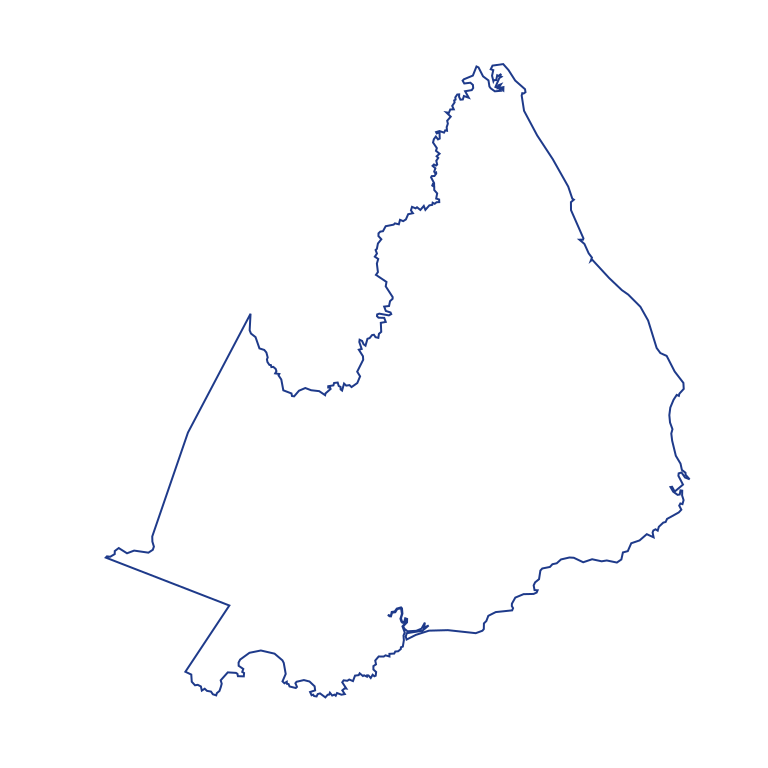 the district of Pedasí, Los Santos, Panama, rotated 353°
{"feature_id": "35544464B62202964850227", "entity_name": "Pedasí", "entity_type": "district", "adm_level": 2, "iso_a3": "PAN", "parent_name": "Panama", "parent_adm1": "Los Santos", "projection": "natural_earth1", "projection_center": [-80.113, 7.529], "detail": "fine", "context": "isolated", "style": "outline", "palette": "blue", "viewbox_px": 768, "rotation_deg": 353, "n_neighbors": 0, "source": "geoboundaries", "source_scale": "gbopen_adm2", "svg_char_len": 6135}
<svg xmlns="http://www.w3.org/2000/svg" viewBox="0 0 768 768"><g transform="rotate(353 384 384)"><path d="M291.0,382.1L283.3,378.0L282.6,367.0L280.4,362.7L281.3,361.3L277.3,360.2L278.8,358.1L278.3,355.8L276.2,353.5L274.3,353.5L274.0,351.4L272.6,351.1L271.0,348.0L270.8,345.3L271.8,343.5L271.1,338.4L269.3,335.6L264.7,333.5L262.2,321.8L258.1,317.7L257.2,314.3L260.1,298.0L183.5,408.3L135.4,507.1L134.9,512.2L135.8,517.4L134.3,520.4L129.6,522.7L115.7,518.9L108.3,520.7L100.7,514.5L96.4,517.0L96.0,520.0L91.2,522.1L88.0,521.3L86.7,522.4L203.5,585.0L151.8,645.4L157.3,648.9L156.9,656.1L159.7,660.0L162.5,659.9L165.4,661.9L165.8,666.1L168.9,664.6L170.9,667.0L174.8,668.2L176.3,671.1L179.5,672.6L180.4,670.5L183.3,668.6L185.1,664.9L186.4,661.7L185.8,658.2L193.8,651.2L201.9,652.7L203.2,653.8L203.4,656.2L209.2,657.1L209.9,653.8L208.2,652.5L209.6,649.7L205.4,646.0L205.7,642.8L207.6,640.0L217.7,634.4L229.3,633.5L242.5,638.3L249.5,645.9L250.5,648.6L251.1,659.8L247.0,666.8L248.7,668.9L251.2,667.7L251.1,669.7L252.7,670.2L253.4,672.7L259.4,675.0L260.7,674.0L259.6,670.2L260.9,668.9L268.4,668.1L273.8,670.2L278.3,675.6L278.3,679.7L273.1,680.7L274.2,684.1L275.8,683.7L276.6,685.2L279.0,685.9L280.4,683.7L282.8,683.3L287.6,687.9L290.2,685.6L291.7,685.6L292.7,683.8L294.6,686.9L297.0,686.3L298.1,687.5L299.7,685.0L303.9,687.2L307.3,687.0L305.3,683.0L307.9,681.3L309.5,681.7L306.2,675.0L307.8,673.2L311.4,674.1L313.5,673.1L317.0,675.1L319.7,669.9L323.4,669.9L324.6,668.2L327.5,671.3L328.7,670.7L331.4,672.4L331.8,671.1L333.1,671.4L335.0,674.2L337.3,671.2L338.8,672.9L340.2,672.5L341.1,668.9L338.7,666.1L339.1,662.7L341.9,661.3L341.6,657.4L345.5,653.8L350.5,654.5L352.4,653.5L356.2,655.1L356.5,652.5L361.3,652.8L362.6,650.9L365.5,651.0L368.4,649.1L368.7,647.4L370.7,646.9L372.5,640.7L372.7,636.1L374.3,633.2L372.8,626.8L377.3,622.9L377.8,620.5L376.8,619.8L374.8,623.4L373.2,623.2L372.3,622.0L371.7,619.0L373.8,614.3L373.6,608.7L369.7,609.0L367.4,611.9L364.1,612.0L362.6,615.5L361.2,615.2L359.7,613.7L362.6,614.9L363.9,611.2L366.9,611.1L369.3,608.5L373.7,607.8L374.5,608.9L374.3,614.2L372.3,618.6L372.9,622.2L375.1,622.7L376.5,619.1L378.3,620.0L377.8,623.4L373.5,626.8L374.4,629.4L377.2,632.3L385.9,632.9L391.4,631.4L395.5,625.8L394.1,630.7L398.9,629.1L392.0,633.6L376.3,634.1L374.8,637.3L375.3,640.4L385.0,636.9L398.6,634.3L417.4,636.1L444.7,642.5L451.6,640.9L453.2,639.4L454.0,633.8L456.7,631.7L459.3,626.8L467.1,624.0L483.6,624.3L484.8,622.2L483.8,620.0L484.2,617.6L488.3,612.0L496.9,609.6L506.9,610.6L510.1,609.6L511.3,607.5L508.3,606.9L508.0,602.1L509.8,599.3L514.1,596.6L516.5,588.2L518.6,586.4L526.4,585.8L529.2,583.4L533.6,583.0L538.3,579.7L546.9,578.8L551.2,579.6L560.0,585.2L569.2,583.3L578.4,586.5L583.6,586.3L593.4,589.6L598.2,587.1L600.6,580.3L605.6,579.6L610.0,572.2L618.6,570.4L626.5,565.1L632.9,569.0L632.5,564.1L633.5,562.2L635.8,561.3L637.8,562.9L639.4,559.2L644.3,555.6L646.7,555.3L648.5,552.4L660.9,547.4L663.8,545.0L662.2,540.7L663.6,538.7L665.6,539.6L667.2,535.8L666.3,531.0L667.0,526.2L665.3,525.7L664.1,529.7L661.9,529.8L657.9,526.1L655.8,521.2L657.4,521.1L659.4,526.2L668.5,520.3L665.0,511.0L665.6,508.6L668.5,508.1L671.4,513.5L675.7,515.8L672.3,510.9L672.4,508.8L669.2,505.6L668.6,499.2L664.9,490.8L663.1,475.4L663.1,468.2L664.8,464.0L663.2,457.1L663.4,449.7L665.3,442.3L669.5,434.9L673.2,430.5L675.2,431.7L676.0,429.6L680.9,425.4L681.3,419.4L674.0,407.0L668.0,390.6L662.1,387.0L659.0,381.5L653.9,353.2L647.9,338.6L637.3,325.0L631.6,319.9L620.4,306.3L605.8,286.0L604.2,287.0L605.8,283.9L603.1,279.3L600.0,269.4L595.6,264.6L599.1,265.0L599.7,263.8L590.8,234.2L591.7,226.3L594.9,224.2L593.5,223.0L590.9,210.5L578.9,181.4L566.3,155.9L556.3,129.9L555.8,114.5L556.7,112.2L558.0,112.7L560.0,111.6L559.9,108.6L551.2,98.8L545.8,87.5L541.3,81.0L530.5,81.2L528.3,84.6L530.7,85.8L528.8,91.2L529.5,96.8L530.1,95.8L532.4,96.0L534.0,91.4L535.1,92.2L538.1,90.5L536.5,92.3L538.0,93.3L535.8,94.3L530.8,102.8L532.4,103.7L534.2,101.4L536.5,100.8L533.6,104.3L538.7,103.9L538.2,107.1L536.3,105.0L534.7,106.1L535.5,107.2L529.7,107.0L526.0,103.6L524.9,101.6L524.7,95.4L519.8,90.7L516.4,81.3L514.5,80.1L509.8,88.7L500.4,91.3L499.0,92.5L500.3,95.5L506.5,95.5L508.7,98.0L508.6,101.1L506.9,103.0L500.2,103.3L503.0,110.2L498.4,107.9L496.9,111.2L494.5,111.1L493.5,108.1L493.9,105.7L492.0,105.6L489.7,108.2L489.7,110.4L488.2,111.1L488.4,113.1L485.6,116.3L486.7,119.9L483.2,119.6L481.5,122.7L478.9,122.0L482.8,126.8L478.8,130.4L479.1,133.4L477.5,136.7L477.4,140.3L475.7,139.7L474.2,141.8L469.9,139.7L466.4,140.3L466.9,141.7L469.8,141.0L469.2,147.2L467.4,147.8L465.6,144.7L463.3,147.1L462.1,150.3L465.2,156.3L464.0,158.9L467.2,162.2L464.0,164.4L465.4,166.2L463.1,168.8L463.5,172.7L462.3,173.5L460.3,172.2L458.8,173.4L461.3,176.2L459.7,179.3L460.2,180.5L461.5,180.3L461.5,181.5L459.4,183.7L456.7,183.5L455.9,184.6L458.2,190.7L458.0,192.5L456.8,191.6L456.1,192.9L457.9,194.4L457.5,197.6L460.0,201.3L458.4,206.3L461.2,207.6L461.0,210.2L458.3,210.0L456.3,211.3L454.4,210.0L453.7,212.1L450.8,212.2L446.3,216.2L445.2,212.1L441.3,215.7L438.3,212.6L436.8,213.5L433.4,211.6L431.9,214.9L433.5,218.0L428.7,218.4L425.8,223.3L422.9,224.7L419.9,223.0L418.2,227.3L414.4,225.9L413.0,227.0L404.9,227.6L401.6,232.2L398.9,232.3L396.9,233.8L396.5,236.5L399.0,240.0L395.1,243.8L393.4,249.0L392.0,250.0L392.9,253.7L390.4,256.5L393.5,259.2L391.6,263.6L391.6,272.2L389.3,274.7L398.9,283.0L397.6,287.3L403.2,298.8L402.9,300.5L400.1,302.5L398.5,307.2L393.6,307.2L394.7,311.7L399.2,313.8L399.7,315.5L397.2,316.5L387.9,313.6L385.7,314.1L385.3,315.8L386.6,317.5L392.3,318.4L393.3,322.6L388.3,322.9L387.6,331.9L385.1,333.6L384.0,337.5L381.3,336.5L380.0,333.9L378.1,334.0L375.3,336.7L373.1,337.1L370.3,343.7L368.6,342.1L367.5,338.6L365.2,337.1L364.6,339.3L366.1,346.5L363.2,346.9L366.5,353.9L366.3,357.4L358.9,368.5L361.2,373.5L357.6,379.8L351.4,383.1L349.6,380.9L346.3,381.0L344.4,378.7L341.6,385.4L340.3,384.1L340.5,381.6L338.8,380.4L338.2,376.9L334.6,376.9L333.6,379.2L328.4,379.4L328.2,380.7L330.1,381.1L330.4,382.4L324.8,386.2L324.2,387.9L318.8,383.2L310.9,381.3L305.4,378.4L298.8,380.3L293.3,385.3L291.2,384.7L291.0,382.1Z" fill="none" stroke="#1e3a8a" stroke-width="2"/></g></svg>